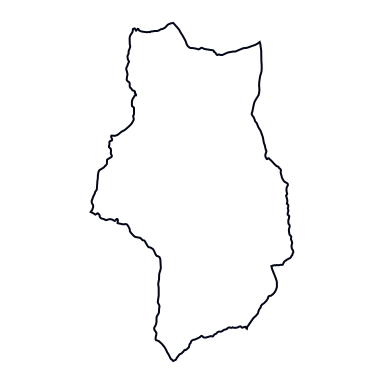 the district of Tibirita, Cundinamarca, Colombia
{"feature_id": "7082276B65306384541735", "entity_name": "Tibirita", "entity_type": "district", "adm_level": 2, "iso_a3": "COL", "parent_name": "Colombia", "parent_adm1": "Cundinamarca", "projection": "robinson", "projection_center": [-73.516, 5.082], "detail": "fine", "context": "isolated", "style": "outline", "palette": "ink", "viewbox_px": 384, "rotation_deg": 0, "n_neighbors": 0, "source": "geoboundaries", "source_scale": "gbopen_adm2", "svg_char_len": 5972}
<svg xmlns="http://www.w3.org/2000/svg" viewBox="0 0 384 384"><path d="M292.3,255.1L292.5,254.0L293.2,252.5L293.3,251.6L293.1,250.7L291.9,248.6L291.5,246.4L291.6,245.4L292.1,243.2L292.1,242.1L290.9,239.0L291.2,237.3L291.2,236.5L290.8,235.9L289.9,235.1L289.4,234.2L289.1,232.4L288.9,230.3L289.0,229.0L289.4,227.7L289.7,226.4L289.6,225.3L289.2,224.6L288.6,224.0L288.4,223.1L288.3,221.9L288.4,219.6L288.9,218.8L289.0,217.2L289.3,216.3L289.0,215.7L288.3,215.3L287.7,214.6L287.6,213.9L288.4,210.5L287.8,208.3L288.3,206.3L288.3,205.2L288.1,204.7L286.9,203.8L287.3,201.7L287.3,200.7L287.1,199.1L286.2,196.2L286.1,195.4L287.0,194.4L287.2,193.9L286.5,191.1L286.5,188.4L286.8,187.2L287.9,185.2L287.7,183.8L287.1,183.2L284.5,181.7L283.7,180.8L282.8,179.4L282.0,177.7L280.8,173.2L280.7,172.1L280.9,170.7L280.8,169.7L280.1,168.8L279.0,167.9L278.3,166.7L276.8,166.2L275.0,164.7L272.2,161.6L268.8,158.3L268.3,158.2L267.4,159.1L266.8,159.0L266.4,158.5L265.6,157.0L265.3,155.8L265.4,154.5L266.4,151.5L266.2,150.4L265.6,149.2L264.9,145.7L263.9,143.0L262.8,137.0L260.6,130.9L258.1,126.7L256.9,123.4L255.1,121.2L254.4,118.9L253.6,117.2L252.3,115.4L251.7,114.2L251.8,113.0L252.4,111.4L253.7,104.9L254.4,102.2L255.6,99.9L258.6,95.1L259.2,92.3L259.4,89.6L259.1,85.6L259.2,82.3L260.1,76.3L261.4,71.9L261.7,69.2L261.7,65.1L261.4,61.7L261.2,50.5L260.2,43.6L259.7,42.0L257.7,43.5L255.4,44.8L247.6,47.6L246.4,47.9L243.3,48.2L235.1,51.6L233.6,51.5L228.8,52.3L227.1,52.8L222.3,55.0L220.5,55.0L218.9,54.4L217.6,55.0L217.3,55.0L216.6,54.6L215.8,53.3L215.0,52.4L214.1,51.9L213.9,51.6L213.8,50.9L213.0,50.3L205.6,49.2L203.5,48.6L202.5,48.0L201.7,47.8L201.1,47.9L199.2,49.2L198.2,49.3L197.2,48.9L193.2,48.1L190.7,48.0L189.7,47.7L188.2,46.5L187.4,45.6L186.6,44.1L185.8,41.6L185.0,39.9L182.6,35.6L180.6,32.5L179.2,29.8L177.3,27.5L173.3,23.0L171.4,23.2L168.9,24.1L167.7,24.8L165.3,27.4L163.9,28.3L163.0,28.8L160.8,29.3L158.4,30.7L156.9,31.0L154.0,31.0L153.3,31.3L150.9,31.5L150.1,32.1L148.8,32.0L146.6,32.2L141.5,31.5L139.2,30.5L138.4,29.0L137.6,28.9L137.2,29.6L136.1,30.6L134.8,28.5L133.9,28.5L132.9,29.1L132.9,30.2L132.4,32.2L130.3,35.4L129.9,36.6L129.6,38.6L129.8,44.5L130.2,46.0L130.1,47.3L128.6,51.3L128.6,53.4L128.4,54.0L127.5,56.0L127.5,56.8L127.7,58.6L128.1,59.8L129.0,61.5L128.9,62.1L128.3,63.1L127.3,66.0L126.4,67.8L126.2,69.1L126.8,71.2L127.5,74.0L127.4,75.1L127.0,76.8L126.9,78.0L126.7,78.9L126.7,79.8L127.7,81.3L129.0,82.1L129.5,82.7L129.7,83.6L129.7,85.8L129.8,86.9L130.3,87.8L130.9,88.1L131.4,88.7L132.2,90.0L132.8,90.5L134.1,90.8L134.9,91.5L135.1,92.1L134.8,93.0L135.5,93.8L136.1,94.8L136.0,95.3L135.3,95.2L134.9,95.4L132.6,99.1L132.2,100.3L131.9,101.7L131.9,104.7L132.0,105.9L132.5,106.5L133.6,107.3L134.0,108.0L134.0,113.1L133.8,114.9L133.2,115.7L133.2,116.5L133.7,118.5L133.7,119.5L133.4,120.5L132.3,122.5L131.2,124.1L130.0,125.4L125.9,129.1L124.3,130.3L121.8,131.5L117.6,134.9L115.4,135.7L114.4,135.8L111.9,135.6L111.5,135.6L111.2,135.9L111.1,136.4L111.3,137.4L112.1,139.2L112.1,140.1L111.7,140.5L109.8,141.3L109.4,141.9L109.4,144.4L108.9,146.5L109.1,147.2L110.7,148.8L110.9,149.3L111.0,151.2L110.8,153.3L111.0,154.0L111.8,155.5L111.7,156.5L111.3,157.1L107.9,159.1L107.2,159.6L107.0,160.4L107.0,162.2L106.9,163.8L105.6,165.7L105.1,165.9L103.9,167.4L99.4,170.2L98.7,171.4L98.3,172.7L97.9,175.1L97.8,178.5L97.4,181.0L96.8,189.6L95.2,191.9L94.6,193.9L93.4,196.2L91.6,201.2L91.7,202.2L92.3,203.9L93.0,205.0L93.2,206.1L93.2,206.8L92.3,209.7L90.7,212.0L93.4,213.3L95.3,214.6L96.6,214.0L97.1,213.5L97.8,213.3L98.4,213.7L99.6,215.3L99.7,216.4L100.0,217.2L100.6,217.9L101.6,218.5L104.1,219.2L105.6,220.0L106.4,220.1L108.1,219.5L110.1,219.1L112.3,219.6L114.3,220.8L114.9,220.9L116.3,219.3L116.8,219.0L117.2,219.0L117.7,219.5L117.9,220.4L117.5,223.0L117.8,223.2L123.3,224.4L124.8,224.1L126.2,224.1L127.1,224.6L128.2,226.1L129.6,228.8L130.0,231.5L131.1,233.0L133.6,235.7L135.2,236.9L140.3,237.9L142.6,240.2L144.0,240.4L144.9,241.2L145.9,243.1L148.0,246.6L149.0,247.3L150.7,247.6L153.1,249.2L154.3,251.4L155.7,254.6L156.7,255.9L157.8,256.2L159.4,257.0L160.1,258.5L160.4,260.3L160.8,267.7L160.6,269.2L159.2,274.0L159.0,279.7L158.5,282.0L158.2,284.3L158.7,287.7L158.7,293.6L158.7,295.7L157.8,301.6L157.8,302.3L158.1,303.1L159.2,305.1L159.5,306.7L159.1,308.7L159.0,311.8L158.9,312.6L158.2,314.2L156.8,316.4L156.6,317.1L156.5,319.3L156.5,322.0L156.3,323.1L155.6,325.3L154.3,327.6L154.1,328.5L154.4,329.9L155.7,331.7L156.4,333.0L156.3,334.8L155.7,337.1L155.6,338.6L155.6,339.3L156.0,340.1L158.8,341.1L161.9,343.9L163.4,345.7L164.7,347.4L166.0,349.7L167.1,352.1L168.6,354.5L170.8,358.9L172.2,359.9L173.1,361.0L174.9,360.2L176.0,359.5L177.0,357.5L178.2,356.2L179.0,354.9L179.5,354.4L181.6,353.4L182.5,352.3L183.3,351.8L184.0,350.6L184.6,350.1L185.0,349.9L185.7,350.1L188.2,348.0L188.9,347.2L189.6,344.2L190.8,342.7L191.0,341.7L191.5,340.9L192.2,340.4L193.4,339.8L194.8,339.6L196.7,338.7L198.0,338.2L200.2,336.9L201.0,336.1L201.6,335.9L202.2,336.1L203.3,337.2L203.9,337.5L205.8,337.6L210.9,336.1L212.5,336.5L213.0,336.3L214.2,334.6L216.3,333.6L217.3,332.4L218.1,331.9L219.0,331.6L221.2,331.6L222.4,331.0L224.0,329.8L226.6,329.2L227.8,328.0L228.5,327.6L229.2,327.4L230.9,327.8L231.6,327.8L232.6,327.3L233.5,327.7L234.4,327.8L236.9,327.7L239.3,326.6L240.5,326.4L240.9,326.6L241.9,327.6L242.3,327.7L244.8,326.8L245.4,326.9L245.8,327.3L246.0,327.9L246.9,328.7L247.1,327.9L247.1,326.7L248.1,325.9L249.8,323.1L250.2,322.9L250.9,321.6L253.5,318.0L255.7,316.0L257.8,313.6L258.8,310.3L259.3,309.3L260.5,307.7L261.1,305.8L261.5,305.2L262.3,304.4L264.4,302.9L265.7,301.4L266.2,301.1L267.9,298.4L268.2,297.1L268.8,296.2L269.7,295.8L270.7,295.8L271.4,295.4L273.3,293.9L275.1,291.6L276.2,289.2L276.9,287.1L276.9,285.8L276.9,282.5L276.6,280.9L275.6,277.8L272.2,269.3L271.4,266.1L274.1,265.2L275.7,265.4L276.5,265.0L278.5,265.3L280.4,264.8L282.1,264.9L282.7,264.6L283.0,264.2L284.0,262.0L284.5,261.4L287.2,259.5L290.1,258.0L290.7,257.4L291.2,256.7L291.6,255.7L292.3,255.1Z" fill="none" stroke="#020617" stroke-width="2"/></svg>